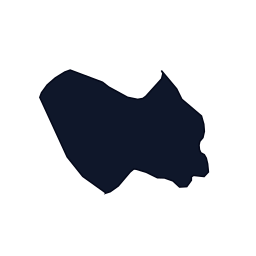 an SVG outline of Qom, rotated 215°
{"feature_id": "IRN-3232", "entity_name": "Qom", "entity_type": "Province", "adm_level": 1, "iso_a3": "IRN", "parent_name": "Iran", "parent_adm1": "", "projection": "robinson", "projection_center": [50.771, 34.662], "detail": "fine", "context": "isolated", "style": "filled", "palette": "ink", "viewbox_px": 256, "rotation_deg": 215, "n_neighbors": 0, "source": "natural_earth", "source_scale": "10m", "svg_char_len": 726}
<svg xmlns="http://www.w3.org/2000/svg" viewBox="0 0 256 256"><g transform="rotate(215 128 128)"><path d="M208.6,142.3L175.1,150.9L167.4,150.5L146.0,152.9L136.5,157.0L132.8,160.7L131.6,164.2L128.7,187.6L130.7,192.7L133.6,194.2L110.6,188.0L100.4,182.4L74.7,180.0L68.1,174.6L63.5,169.0L61.1,163.1L61.5,158.2L60.0,154.7L57.1,151.3L54.2,149.5L50.2,149.9L46.6,148.2L42.2,144.3L36.9,138.1L37.8,131.9L47.1,126.8L48.1,124.4L46.1,121.5L46.2,113.7L51.9,109.2L60.9,110.4L69.5,108.0L75.4,104.1L87.7,102.2L98.0,98.8L99.8,97.7L101.0,93.2L102.7,74.9L106.0,65.6L108.9,61.8L108.9,62.1L137.3,62.4L161.2,69.4L217.8,102.5L219.1,107.3L218.9,117.0L216.3,127.4L211.9,137.6L208.6,142.3Z" fill="#0f172a" stroke="#020617" stroke-width="1.5"/></g></svg>